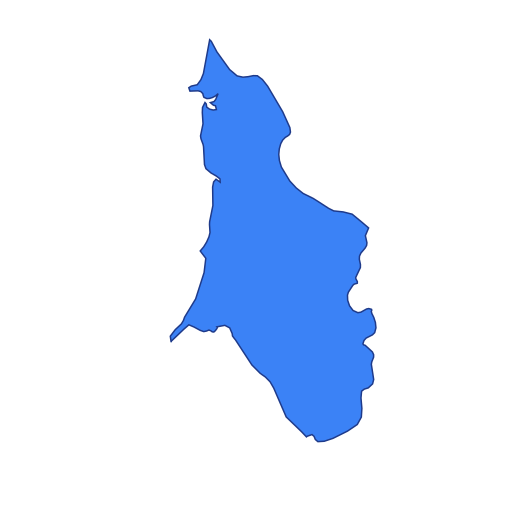 SVG path tracing the border of Ha Tinh, rotated 229°
{"feature_id": "VNM-474", "entity_name": "Ha Tinh", "entity_type": "Province", "adm_level": 1, "iso_a3": "VNM", "parent_name": "Vietnam", "parent_adm1": "", "projection": "mercator", "projection_center": [105.781, 18.334], "detail": "fine", "context": "isolated", "style": "filled", "palette": "blue", "viewbox_px": 512, "rotation_deg": 229, "n_neighbors": 0, "source": "natural_earth", "source_scale": "10m", "svg_char_len": 2394}
<svg xmlns="http://www.w3.org/2000/svg" viewBox="0 0 512 512"><g transform="rotate(229 256 256)"><path d="M81.8,181.5L84.5,181.1L86.4,176.3L86.4,175.4L93.5,175.1L114.7,173.2L144.6,182.7L151.8,184.1L158.5,183.7L164.6,182.2L176.4,181.4L206.3,185.5L207.7,185.5L211.1,185.8L213.0,187.1L219.0,189.0L224.1,187.0L228.1,180.2L227.5,180.3L226.8,178.6L226.3,176.2L226.3,174.3L227.5,173.2L229.3,172.8L231.0,171.9L231.8,169.5L233.2,167.0L236.5,165.1L242.9,162.7L248.1,160.2L248.1,153.6L247.3,136.3L246.6,135.4L251.7,138.7L253.4,146.8L253.7,155.1L254.9,158.8L256.7,162.0L263.2,182.3L277.5,205.9L287.2,216.6L296.4,217.2L297.2,222.5L299.0,228.1L301.4,233.2L303.9,236.7L310.2,241.5L312.2,243.4L322.4,256.6L336.5,268.5L339.7,272.6L340.2,276.2L335.2,277.4L337.8,279.4L342.4,278.5L348.2,276.5L354.7,275.5L358.8,277.1L372.9,288.1L374.8,289.2L380.6,291.4L383.0,292.9L390.5,302.7L399.5,309.6L403.2,313.1L405.3,318.2L403.4,318.2L400.7,316.5L397.3,317.3L394.2,319.5L392.5,322.2L396.0,324.0L397.2,323.1L398.2,322.7L401.7,322.2L400.1,325.6L400.6,328.3L403.4,333.9L403.4,330.4L404.2,327.0L405.5,324.2L407.0,322.2L409.9,320.8L411.6,321.4L413.5,322.4L416.4,322.2L418.7,320.6L423.8,314.3L427.1,315.7L426.7,318.6L423.8,324.0L425.2,330.1L428.2,336.0L449.6,362.9L447.4,363.1L435.7,360.4L414.0,358.4L404.3,359.9L399.5,363.5L396.5,367.7L393.8,372.4L391.1,375.3L385.0,376.6L376.5,376.2L347.4,370.8L330.7,365.8L326.9,363.3L325.7,361.1L325.8,358.7L326.3,355.9L326.0,352.2L324.5,348.3L321.6,343.9L317.7,339.8L312.7,336.3L306.5,333.5L290.4,330.7L280.9,331.0L272.3,332.6L261.8,337.0L244.3,342.1L239.1,344.2L232.1,350.7L224.5,356.0L211.3,358.2L203.3,359.4L199.6,351.9L193.2,348.4L191.4,346.4L190.4,343.6L189.4,337.1L188.0,334.0L185.7,331.8L181.0,329.2L178.8,327.2L174.4,317.2L173.3,316.4L170.2,315.7L169.0,314.6L169.2,314.0L169.8,312.9L170.4,311.4L170.3,309.7L168.1,302.0L166.5,299.4L162.4,296.1L157.0,293.9L151.2,293.5L146.4,295.7L144.8,298.3L143.5,304.6L142.4,306.6L140.0,308.2L139.2,307.9L138.6,306.7L136.6,305.7L132.4,304.6L127.5,302.5L123.1,299.4L120.3,295.3L120.1,292.1L121.8,285.3L121.4,282.1L119.6,279.1L118.4,278.9L117.0,279.8L110.0,280.6L107.2,280.9L104.3,280.0L102.5,278.4L100.2,274.0L98.6,272.0L85.6,263.8L83.0,260.1L82.8,254.2L84.5,250.4L84.7,247.0L80.0,242.1L71.5,235.9L65.3,229.8L62.4,221.9L63.8,210.2L67.9,194.4L71.4,186.0L75.3,180.9L78.6,180.4L81.8,181.5Z" fill="#3b82f6" stroke="#1e3a8a" stroke-width="1.5"/></g></svg>